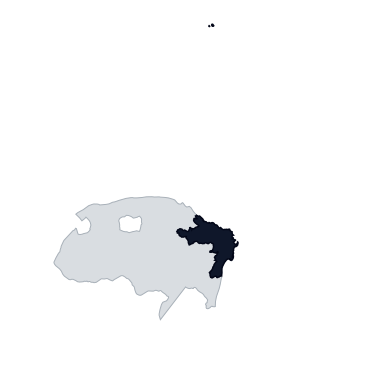 location of Western Cape within South Africa, rotated 218°
{"feature_id": "ZAF-1189", "entity_name": "Western Cape", "entity_type": "Province", "adm_level": 1, "iso_a3": "ZAF", "parent_name": "South Africa", "parent_adm1": "", "projection": "orthographic", "projection_center": [20.981, -38.718], "detail": "fine", "context": "in_parent", "style": "filled", "palette": "ink", "viewbox_px": 384, "rotation_deg": 218, "n_neighbors": 0, "source": "natural_earth", "source_scale": "10m", "svg_char_len": 9359}
<svg xmlns="http://www.w3.org/2000/svg" viewBox="0 0 384 384"><g transform="rotate(218 192 192)"><path d="M235.1,47.3L240.8,47.1L243.3,47.7L246.2,49.2L249.0,49.9L253.8,50.0L255.5,50.4L256.7,50.9L257.6,51.7L258.7,56.5L259.5,61.6L259.3,63.2L259.5,63.9L260.6,66.1L261.0,67.5L261.7,68.7L263.0,74.3L263.1,75.2L262.0,88.2L261.2,89.7L261.4,91.8L260.6,92.0L256.1,88.8L255.3,88.8L253.9,89.7L252.6,91.1L251.9,92.3L249.3,95.6L249.0,97.8L249.0,99.7L249.8,99.9L250.2,101.3L251.3,103.7L253.3,105.3L255.2,106.2L258.0,106.7L260.1,106.9L260.1,105.4L261.0,101.5L264.6,102.4L269.9,103.0L269.3,105.5L266.8,111.2L265.0,117.6L263.0,120.8L262.0,122.1L259.2,124.2L257.8,124.9L256.7,125.0L251.9,129.5L250.0,131.7L248.3,135.0L246.7,136.8L244.2,140.7L240.0,146.4L236.6,150.0L235.2,151.1L234.2,151.5L231.6,153.6L227.9,157.0L225.0,160.1L220.8,163.5L218.4,165.0L214.8,168.0L213.9,168.4L209.9,171.1L207.0,172.8L202.5,174.6L200.7,175.1L196.6,174.3L194.8,174.5L193.3,175.7L193.1,177.6L192.4,177.8L188.6,176.8L187.0,176.9L186.1,177.8L185.3,179.0L183.1,179.0L179.2,177.6L174.6,176.6L173.6,176.5L171.3,177.4L170.5,177.5L167.3,177.2L165.5,176.6L163.7,176.6L162.4,177.0L160.8,177.2L156.4,180.6L154.2,180.6L152.2,181.0L148.8,180.5L147.8,180.7L146.8,181.4L144.5,181.6L143.6,182.2L139.7,185.4L138.1,185.0L136.0,185.0L133.7,183.4L132.8,183.5L133.1,183.0L133.1,182.1L132.3,181.2L131.4,181.3L130.9,180.5L129.5,180.5L128.4,180.7L128.1,177.8L127.5,177.5L126.1,177.5L125.5,177.6L125.2,177.9L124.8,178.6L124.9,180.6L124.4,180.0L123.8,178.8L123.6,177.5L123.7,176.0L124.8,175.4L124.4,173.4L122.7,170.1L121.6,169.4L120.8,167.7L120.0,167.1L119.6,165.9L118.8,164.9L118.5,163.4L118.9,162.5L119.6,162.0L120.3,162.8L121.2,162.4L122.3,161.3L123.0,159.6L123.0,156.9L122.8,155.2L121.7,150.9L121.2,149.9L118.9,146.9L116.2,142.9L112.8,136.4L111.1,132.6L108.4,124.8L106.2,120.4L103.4,116.4L103.1,116.1L103.4,115.6L104.8,114.6L105.4,114.3L105.8,114.4L106.1,114.1L106.4,113.5L106.6,112.0L107.2,110.4L107.7,109.7L109.0,109.2L109.9,109.8L110.3,110.3L110.5,111.1L111.0,111.4L111.6,111.4L112.1,111.8L112.4,112.7L112.4,113.4L112.0,113.9L112.1,114.4L112.6,115.1L113.2,116.6L115.7,117.3L117.1,117.4L118.5,117.7L119.8,118.3L121.9,118.4L124.8,118.0L127.2,118.1L129.1,118.7L130.5,118.8L131.3,118.4L131.7,117.8L131.5,117.0L131.9,116.5L132.9,116.2L133.6,115.6L134.2,114.6L135.5,113.8L137.6,113.2L138.6,113.2L138.3,71.9L142.1,74.7L143.0,76.0L144.9,79.8L146.8,84.6L147.1,86.9L147.0,87.4L145.1,90.5L145.0,92.1L145.3,93.9L145.7,94.8L146.3,95.1L147.6,94.6L149.7,95.1L153.6,94.9L155.6,95.1L156.1,95.0L156.5,94.6L157.0,93.5L157.5,93.2L159.3,92.7L160.2,92.1L161.5,90.0L165.4,87.2L165.9,86.5L168.4,79.7L169.2,78.7L170.3,78.1L172.5,77.6L173.8,77.9L175.1,78.6L176.6,79.6L178.9,81.5L179.7,81.8L182.0,82.0L183.4,83.3L187.7,84.3L188.9,84.3L190.3,83.7L192.5,83.8L194.9,83.5L196.4,82.3L199.4,75.0L199.8,73.3L200.1,72.9L202.4,72.2L205.2,71.7L205.8,71.4L207.6,69.4L210.0,67.8L211.8,62.0L212.9,60.7L213.6,60.1L214.0,60.1L214.6,59.8L215.4,59.1L216.3,58.7L217.3,58.6L218.0,58.2L218.4,57.4L218.9,57.1L219.7,57.2L220.2,56.9L220.3,56.4L222.1,55.3L222.1,54.8L223.2,53.6L225.2,51.8L227.0,50.8L228.7,50.7L231.9,50.0L233.1,49.1L233.9,47.9L235.1,47.3ZM224.6,135.3L227.3,134.5L229.3,133.3L229.9,130.9L231.5,129.5L232.2,128.2L232.7,126.3L232.0,124.1L230.8,123.4L228.7,121.5L227.8,120.2L226.5,119.1L225.7,117.8L224.1,118.1L221.6,118.8L220.1,119.6L218.8,120.6L216.5,121.2L214.2,124.4L213.5,125.1L211.7,127.4L209.3,128.4L209.2,128.9L209.9,130.9L210.9,133.0L211.9,134.7L211.8,135.7L212.2,136.5L213.2,137.1L214.8,139.3L215.6,140.0L218.1,140.6L218.5,140.6L219.3,139.4L219.5,138.6L221.4,136.1L222.2,135.3L224.6,135.3Z" fill="#d9dde1" stroke="#a8b0b8" stroke-width="1"/><path d="M174.1,176.5L173.6,176.5L172.0,176.8L171.6,177.0L171.4,177.4L171.5,177.6L171.6,177.8L171.8,177.8L168.6,177.5L168.4,177.0L168.1,177.0L167.9,176.8L168.0,177.0L168.3,177.4L168.3,177.5L167.8,177.4L167.3,177.5L166.6,177.2L166.1,176.9L166.0,176.5L166.0,176.4L165.4,176.2L165.6,176.6L165.9,176.8L165.7,176.9L164.5,176.4L164.0,176.4L163.7,176.5L163.2,176.9L162.8,177.1L162.4,177.2L161.1,177.1L160.2,177.3L159.9,177.5L159.6,177.8L159.5,178.0L159.8,178.4L159.7,178.5L158.3,178.8L157.9,178.9L157.7,179.2L157.7,179.7L157.4,180.2L156.8,180.6L156.0,180.8L155.6,180.8L154.6,180.6L154.0,180.3L153.1,180.6L152.9,180.8L152.2,181.1L151.8,181.2L151.4,181.1L149.5,180.5L148.6,180.4L148.1,180.4L147.7,180.6L147.8,180.6L147.1,180.9L147.3,180.9L147.6,181.1L147.7,181.3L147.6,181.6L147.4,181.6L145.7,181.3L144.4,181.5L144.0,181.7L143.7,182.0L143.0,182.9L142.7,183.0L142.1,183.4L141.8,183.7L141.6,184.1L141.2,184.1L140.9,184.3L140.2,184.8L139.9,185.2L140.0,185.5L139.5,185.8L139.1,185.6L138.1,185.0L136.6,185.0L136.3,185.2L136.1,185.3L136.0,185.0L135.5,184.8L134.7,184.0L134.3,183.8L133.8,183.3L133.6,183.3L133.3,183.4L133.2,183.5L132.8,183.5L133.4,182.6L133.5,182.5L133.4,182.2L133.0,181.5L132.7,181.1L131.9,181.3L131.4,181.2L131.1,181.1L130.8,180.6L131.0,180.5L131.3,179.9L131.1,180.0L130.8,180.4L129.9,180.4L128.8,180.7L128.4,180.9L128.2,180.9L128.1,180.7L128.1,180.0L128.4,179.5L128.2,178.7L128.6,178.3L128.2,177.7L127.4,177.5L126.5,177.4L125.7,177.5L124.9,177.9L124.6,178.2L124.6,178.5L124.8,178.8L124.9,179.2L124.9,180.2L124.9,180.4L125.1,180.6L124.9,180.6L124.7,180.5L124.3,180.1L124.1,179.7L124.1,179.2L123.9,178.8L123.8,178.7L123.5,178.6L123.4,178.3L123.4,178.2L123.6,178.0L123.7,177.5L123.8,177.3L123.5,177.4L123.4,177.2L123.7,176.5L123.9,175.8L124.2,175.6L124.9,175.5L125.0,175.1L124.9,174.9L124.7,174.6L124.4,173.2L124.1,172.5L123.3,171.7L123.2,170.9L122.9,170.3L122.6,170.1L121.6,169.4L121.6,169.2L121.6,168.9L120.8,167.6L120.4,167.2L120.0,167.1L119.6,166.5L120.0,166.3L120.3,166.7L120.4,166.8L121.1,167.6L121.3,167.6L121.0,167.1L121.0,166.9L120.8,166.8L120.5,166.5L120.4,165.9L120.3,165.5L120.0,165.4L119.5,165.4L119.6,165.7L119.2,165.9L118.9,165.2L118.7,164.3L118.7,164.1L118.8,163.9L118.5,163.4L119.0,163.0L119.0,162.2L119.6,162.0L119.8,162.0L119.7,162.1L119.8,162.2L120.3,162.7L120.7,162.8L121.1,162.7L122.6,161.2L122.8,160.8L123.1,159.4L123.1,159.0L123.1,158.2L122.9,157.7L123.2,157.3L123.2,156.8L122.8,155.3L122.6,154.1L122.4,153.4L122.4,152.6L122.0,151.9L121.9,151.6L121.7,150.8L121.5,150.4L120.3,148.6L119.8,148.1L119.6,147.7L119.1,147.3L118.8,146.7L118.5,146.5L118.2,145.7L117.7,145.2L117.2,144.4L117.7,144.5L117.7,143.3L118.2,142.6L118.3,141.8L118.9,141.2L119.1,140.4L119.6,140.0L119.9,140.0L120.9,140.5L121.8,140.0L122.2,139.3L122.6,138.5L122.8,137.6L123.3,136.7L123.8,137.0L124.0,136.7L124.3,136.4L124.8,136.3L126.5,137.5L127.2,138.4L127.6,138.8L128.6,139.1L128.6,140.5L128.3,140.9L128.5,141.6L128.3,142.4L128.7,144.5L128.9,145.1L129.3,145.6L129.2,146.1L129.4,147.2L129.4,147.6L129.5,147.9L129.8,148.1L130.0,148.8L129.9,149.8L130.1,150.8L130.0,151.3L129.9,151.7L129.7,152.4L130.4,152.5L130.8,152.8L131.0,152.6L131.5,152.6L132.0,152.3L131.9,153.1L132.3,153.4L132.6,153.9L132.9,154.0L133.1,154.1L133.4,154.0L133.8,154.5L134.1,154.5L134.1,155.4L134.3,156.2L133.8,156.8L133.6,157.1L133.8,158.0L134.3,158.9L134.1,160.2L134.7,160.8L135.3,160.6L135.1,160.0L135.2,159.6L135.5,158.8L135.6,158.6L135.9,158.7L136.4,158.5L136.6,158.2L137.3,157.8L138.0,157.7L138.5,157.6L139.4,156.9L139.7,156.4L140.0,156.3L140.6,155.7L140.8,155.6L141.0,155.7L141.3,156.3L141.3,156.7L140.6,157.7L140.0,158.2L140.0,158.7L140.2,159.4L140.4,160.3L140.9,161.3L141.1,161.9L141.3,162.2L142.0,162.7L142.5,163.3L142.7,163.7L142.9,163.8L143.3,164.2L144.0,164.0L144.5,163.8L144.8,163.8L145.1,164.0L146.1,163.9L146.8,163.3L147.0,162.7L147.2,161.6L147.6,161.2L148.3,160.9L149.3,160.7L150.1,160.4L150.6,159.3L150.8,158.7L151.4,158.4L151.9,157.8L153.0,157.4L154.0,156.8L154.3,156.2L154.8,156.0L155.1,155.9L155.5,156.0L155.9,155.9L157.2,156.3L157.8,156.1L158.4,155.7L158.6,155.3L159.2,154.7L159.4,154.6L159.7,154.2L159.4,153.5L159.6,152.3L159.7,151.9L160.1,151.9L161.3,149.0L161.6,148.6L163.4,149.6L163.7,149.9L164.2,150.4L164.6,151.0L165.5,151.4L166.1,151.7L166.8,151.8L167.2,152.0L167.9,152.0L168.7,152.4L168.8,152.9L169.1,153.4L170.4,152.2L170.6,151.8L171.3,150.9L172.0,150.6L172.4,150.1L173.6,150.2L174.3,150.0L174.6,149.9L175.3,150.0L176.1,150.5L176.4,150.8L176.5,151.0L176.4,151.2L176.9,151.6L177.6,151.2L177.9,150.8L178.2,150.7L178.5,150.7L178.9,151.4L179.7,151.6L179.7,151.9L179.7,152.0L179.5,152.4L179.4,152.7L179.7,152.9L179.9,153.2L179.9,153.4L179.7,153.8L179.3,154.0L179.2,154.5L179.1,155.1L179.0,155.4L178.6,155.6L178.4,155.9L177.0,156.5L175.7,156.1L175.4,156.2L174.9,156.6L174.5,157.3L174.2,157.5L172.7,157.7L172.2,157.9L171.5,157.8L171.1,158.2L170.7,158.6L170.6,159.5L170.8,159.9L171.0,160.4L171.0,160.8L171.0,161.4L171.3,161.7L171.4,162.1L171.8,162.5L171.4,163.0L170.8,162.9L170.1,162.9L169.3,163.2L168.9,162.6L168.9,163.3L168.8,163.6L168.2,163.8L167.8,164.4L167.7,164.8L167.4,165.2L167.5,165.7L167.4,166.2L165.7,168.8L165.6,169.2L165.7,169.6L167.2,169.7L168.4,169.6L170.6,169.7L172.3,170.1L173.0,170.5L173.5,170.9L173.6,171.7L174.1,172.3L174.0,172.6L172.2,173.3L171.5,174.1L172.4,174.2L172.6,174.1L172.9,174.2L173.2,174.3L173.4,174.6L174.5,175.2L174.1,175.9L174.1,176.5ZM278.0,335.2L278.3,335.2L278.5,335.3L279.2,335.6L279.5,336.1L279.5,336.5L279.3,336.7L279.0,336.9L278.8,336.9L278.6,336.8L277.7,336.6L277.3,336.5L277.2,336.2L277.2,335.9L278.0,335.2ZM280.0,333.3L280.1,333.1L280.4,333.0L280.7,333.0L280.9,333.3L280.9,333.6L280.5,333.6L280.2,333.5L280.0,333.3Z" fill="#0f172a" stroke="#020617" stroke-width="1.5"/></g></svg>